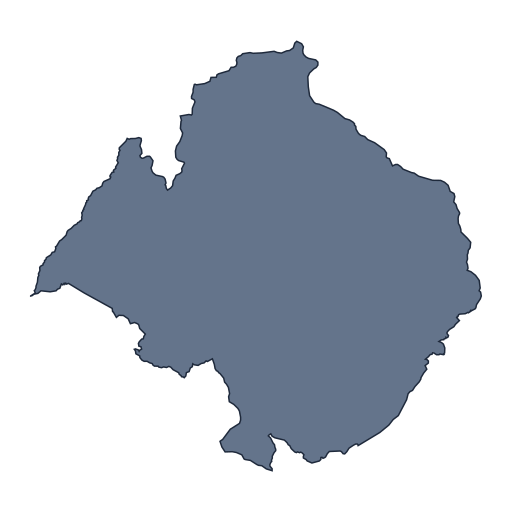 outline of Siriu, Buzau, Romania
{"feature_id": "2599482B22282799784741", "entity_name": "Siriu", "entity_type": "district", "adm_level": 2, "iso_a3": "ROU", "parent_name": "Romania", "parent_adm1": "Buzau", "projection": "equal_earth", "projection_center": [26.23, 45.534], "detail": "fine", "context": "isolated", "style": "filled", "palette": "slate", "viewbox_px": 512, "rotation_deg": 0, "n_neighbors": 0, "source": "geoboundaries", "source_scale": "gbopen_adm2", "svg_char_len": 6006}
<svg xmlns="http://www.w3.org/2000/svg" viewBox="0 0 512 512"><path d="M444.6,353.0L444.8,348.0L443.4,344.1L441.6,342.6L438.9,341.5L441.3,339.9L443.8,339.7L444.2,338.8L445.7,338.5L445.9,337.3L446.8,337.8L448.0,337.1L448.5,335.5L447.1,333.7L447.0,332.5L447.7,331.4L449.6,329.4L453.9,326.7L455.4,324.4L459.4,320.6L456.7,317.6L457.4,317.0L457.3,316.5L458.0,316.4L458.6,314.7L459.9,314.1L465.3,313.7L467.9,312.4L468.4,312.8L470.3,311.6L470.0,311.5L470.7,310.3L472.0,310.5L475.2,308.8L475.9,307.7L476.5,304.7L480.3,298.9L481.3,296.0L480.6,292.1L479.1,290.8L480.2,288.0L479.2,280.4L475.5,275.3L470.9,271.7L467.2,270.3L468.0,268.2L467.5,264.7L466.5,262.1L467.5,259.1L467.3,254.7L468.0,253.1L468.3,250.3L470.1,247.8L470.7,242.3L467.5,238.4L461.0,232.0L460.8,229.4L459.8,226.0L458.4,223.5L458.1,218.6L458.5,215.9L459.6,213.7L459.5,212.5L457.1,208.5L456.0,204.6L453.7,201.9L454.8,196.6L454.0,193.6L450.2,191.4L448.1,185.3L444.5,182.2L440.6,180.4L432.7,180.3L418.6,176.2L414.2,173.1L411.6,172.6L403.1,169.2L400.6,166.5L397.6,164.5L395.6,164.5L392.5,165.9L389.3,158.6L387.2,158.0L386.2,156.9L386.5,153.0L384.2,149.6L374.6,142.7L367.7,139.6L364.7,136.5L361.0,135.4L359.5,134.4L358.2,133.0L356.0,129.2L355.8,126.4L354.5,125.1L354.5,123.7L353.0,122.1L349.5,119.9L344.9,118.6L337.5,112.5L333.5,110.2L319.2,104.2L315.7,103.6L313.9,102.2L309.6,95.7L308.3,86.7L307.8,76.7L309.6,72.9L313.8,68.9L316.2,67.5L317.9,65.1L317.9,62.1L315.7,59.9L308.6,58.4L306.0,57.0L303.8,54.7L303.0,53.1L302.7,50.3L303.4,46.8L301.6,43.7L296.7,41.3L294.8,43.1L293.3,47.9L289.6,50.5L286.6,50.9L281.4,53.1L277.2,52.5L274.1,51.3L261.9,52.9L253.1,53.3L250.0,52.6L242.7,53.7L240.8,55.6L238.3,56.4L236.9,57.9L236.3,60.3L236.9,62.4L236.8,64.2L235.8,66.2L233.4,67.3L231.1,67.3L229.0,70.7L218.6,73.8L217.0,74.8L216.3,77.3L211.0,77.4L209.9,81.3L204.7,83.6L196.5,84.8L195.0,84.2L194.3,84.5L193.1,89.4L193.1,92.2L191.5,96.5L191.6,98.5L194.2,99.8L195.0,101.9L192.4,108.2L192.2,114.1L191.5,115.0L188.9,114.5L180.3,116.0L181.5,120.4L181.0,121.4L180.4,128.5L182.6,132.9L182.2,135.5L179.8,141.6L176.6,146.1L175.4,151.0L175.8,157.2L177.0,159.2L178.5,160.5L184.0,162.2L184.5,163.2L181.7,168.7L182.0,170.9L181.7,172.1L179.9,173.6L176.1,175.3L174.9,178.3L173.2,181.0L172.6,185.7L170.7,188.0L167.5,190.1L166.3,188.3L165.8,185.7L165.1,184.8L166.0,183.0L165.1,179.1L163.8,177.3L162.6,176.6L155.8,175.1L153.0,172.8L152.1,171.3L151.0,167.9L152.1,165.4L153.0,160.8L150.4,157.0L149.6,156.3L146.9,156.3L143.4,158.1L142.0,158.3L140.4,157.2L139.9,155.6L141.9,153.3L141.5,149.6L140.1,146.4L140.0,145.4L141.4,140.6L141.1,138.4L138.8,137.6L135.4,138.5L130.5,138.6L129.2,139.3L127.2,138.4L125.9,141.2L119.3,147.8L119.2,149.3L120.0,150.3L118.8,152.4L118.8,155.2L117.5,157.2L117.6,158.9L116.9,160.4L118.2,162.8L115.6,167.0L115.8,168.4L113.7,170.0L113.4,170.8L113.8,172.0L112.1,172.4L110.0,175.6L110.0,176.7L110.7,177.0L110.1,178.7L103.9,181.5L102.7,183.2L102.0,185.9L99.3,187.7L96.9,188.3L95.7,189.8L92.9,191.2L90.6,195.6L88.7,197.0L88.2,198.6L88.4,199.8L86.7,200.7L86.7,202.2L85.9,202.8L85.5,204.7L83.6,208.7L83.8,209.4L82.8,210.3L82.9,211.1L81.7,212.8L82.2,215.1L81.6,217.5L81.9,218.8L81.3,220.6L80.2,220.8L79.5,221.8L77.7,222.7L77.0,223.9L74.2,225.3L71.2,228.4L68.2,230.3L67.2,231.5L66.1,235.2L61.7,239.6L59.6,241.0L56.5,246.2L55.5,246.8L55.8,248.6L54.6,251.8L52.2,252.4L50.8,254.9L46.4,257.6L46.0,259.2L44.5,260.7L44.5,262.1L43.1,263.6L43.1,264.8L40.4,266.3L39.7,267.5L39.9,270.6L38.4,273.9L38.8,275.4L37.9,277.3L37.4,282.3L36.0,286.2L36.0,287.6L35.2,289.7L34.3,290.6L35.3,293.0L30.7,295.9L30.7,296.0L32.0,295.7L34.0,294.2L37.9,293.4L41.0,290.8L50.2,291.8L56.1,290.8L57.5,289.2L59.8,288.3L61.4,284.0L62.8,284.9L64.1,283.3L64.8,284.4L65.8,283.2L66.5,284.1L68.5,283.4L84.1,292.9L112.2,308.4L112.6,311.6L113.3,312.0L116.4,317.4L118.9,315.3L123.4,315.5L128.2,318.8L130.4,323.7L134.6,322.5L137.8,323.9L138.8,325.0L139.7,328.5L145.3,334.1L143.9,336.3L143.3,338.8L141.7,339.1L139.3,341.7L138.4,343.5L138.9,346.2L140.9,346.7L141.6,349.1L139.6,350.3L139.1,351.3L138.5,350.0L135.5,348.9L134.3,349.3L135.4,350.8L135.9,353.8L139.7,355.9L139.9,357.6L141.9,360.1L144.1,361.3L147.1,361.3L149.6,362.8L152.3,363.6L152.9,365.0L154.4,366.1L158.2,366.2L158.8,367.1L161.6,367.7L163.6,366.9L166.5,367.5L168.8,366.4L170.7,367.1L173.1,369.7L178.7,372.7L179.3,374.4L181.0,375.5L181.5,376.7L183.4,377.0L184.2,377.7L185.8,376.0L186.4,372.6L189.1,371.6L190.3,368.0L192.3,366.7L192.8,363.8L194.3,364.8L198.1,365.4L201.2,363.5L204.1,362.9L206.1,360.9L207.4,361.5L212.4,358.8L214.3,364.3L215.1,368.6L216.4,370.7L217.8,371.3L218.8,372.8L220.0,373.5L223.7,378.1L224.6,382.1L226.5,384.2L228.4,387.4L229.6,393.6L228.6,396.7L229.3,401.7L233.8,404.4L237.9,408.4L239.4,411.0L240.6,417.2L240.6,420.1L239.5,423.4L230.3,429.2L222.7,439.4L220.0,441.3L221.9,447.0L225.1,451.9L232.3,451.7L236.4,452.5L241.8,454.8L244.1,459.0L245.1,459.5L250.4,460.4L256.6,464.4L258.4,465.3L261.8,465.7L266.3,468.9L272.1,470.7L272.1,468.7L270.0,466.2L269.8,464.8L270.8,462.4L271.7,461.5L271.5,460.0L272.3,458.2L272.3,456.2L274.1,452.6L275.7,450.7L275.7,449.2L274.9,447.3L274.5,444.7L273.0,442.9L270.6,438.0L268.3,435.9L269.2,434.8L270.8,433.8L272.1,436.2L274.9,437.8L284.4,440.1L287.1,442.7L288.2,444.7L289.8,445.7L291.2,448.6L294.8,452.0L296.4,452.6L297.4,451.9L299.7,452.7L300.7,452.1L301.9,452.7L303.9,454.7L303.3,456.7L303.4,458.0L306.2,459.6L307.1,460.9L311.9,463.0L319.3,461.0L320.8,459.5L320.9,457.5L322.0,457.3L323.0,458.3L324.7,457.6L325.6,456.9L327.3,453.7L329.3,451.5L340.0,451.0L341.4,451.6L343.1,453.7L344.7,453.9L346.8,451.7L349.0,448.2L353.3,445.3L355.5,444.1L357.2,444.0L357.8,444.4L358.1,445.6L379.8,432.5L388.8,425.1L393.2,419.5L398.3,415.6L406.6,399.7L408.1,393.8L409.9,391.7L412.5,390.4L415.0,386.5L419.2,381.9L420.9,378.9L420.9,377.8L423.7,373.0L426.8,369.2L425.1,365.6L428.3,363.1L428.4,361.0L427.1,359.7L425.4,359.2L428.3,356.8L430.3,354.5L432.0,354.3L432.6,352.8L433.9,353.0L436.5,354.7L439.0,354.7L439.9,354.0L443.5,354.7L444.0,354.5L443.5,353.9L444.6,353.0Z" fill="#64748b" stroke="#1e293b" stroke-width="1.5"/></svg>